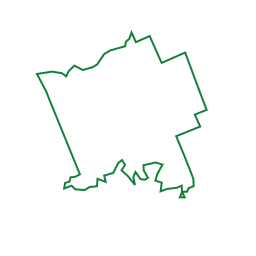 the district of Ponte Preta, Rio Grande do Sul, Brazil, rotated 336°
{"feature_id": "56859067B57948891893703", "entity_name": "Ponte Preta", "entity_type": "district", "adm_level": 2, "iso_a3": "BRA", "parent_name": "Brazil", "parent_adm1": "Rio Grande do Sul", "projection": "orthographic", "projection_center": [-52.512, -27.663], "detail": "fine", "context": "isolated", "style": "outline", "palette": "green", "viewbox_px": 256, "rotation_deg": 336, "n_neighbors": 0, "source": "geoboundaries", "source_scale": "gbopen_adm2", "svg_char_len": 1056}
<svg xmlns="http://www.w3.org/2000/svg" viewBox="0 0 256 256"><g transform="rotate(336 128 128)"><path d="M170.1,42.2L165.5,47.0L161.3,48.3L158.6,52.1L143.2,49.9L136.2,50.8L125.7,57.4L120.5,58.0L110.4,56.7L104.4,49.2L96.9,51.9L92.6,55.7L90.0,51.1L81.5,45.6L66.8,41.6L68.2,62.0L67.8,68.3L65.2,150.8L59.6,151.1L55.4,149.7L52.8,153.1L48.1,152.7L45.1,157.3L53.0,157.8L54.9,162.6L59.4,165.0L63.0,167.0L68.8,166.3L76.0,168.6L79.5,162.0L85.7,168.1L86.9,161.8L96.2,163.0L104.9,156.0L109.4,154.8L110.4,160.3L104.9,164.1L108.2,171.5L111.2,182.8L112.9,175.1L116.9,171.2L118.7,179.8L122.3,182.1L126.0,181.6L125.1,173.2L127.0,168.3L139.4,170.8L144.6,175.5L136.2,181.8L131.6,187.2L136.6,191.7L132.0,199.1L139.1,199.6L148.4,202.5L153.6,202.5L151.5,208.3L156.0,210.2L158.9,207.6L164.3,207.9L167.1,200.7L168.1,178.0L168.7,155.1L194.5,156.0L194.5,142.9L207.2,143.4L208.1,127.3L209.1,110.8L210.9,82.3L185.2,82.2L185.2,69.5L185.2,64.3L185.2,52.8L170.1,52.8L170.1,42.2ZM151.5,208.3L147.1,212.4L151.5,214.4L151.5,208.3Z" fill="none" stroke="#15803d" stroke-width="2"/></g></svg>